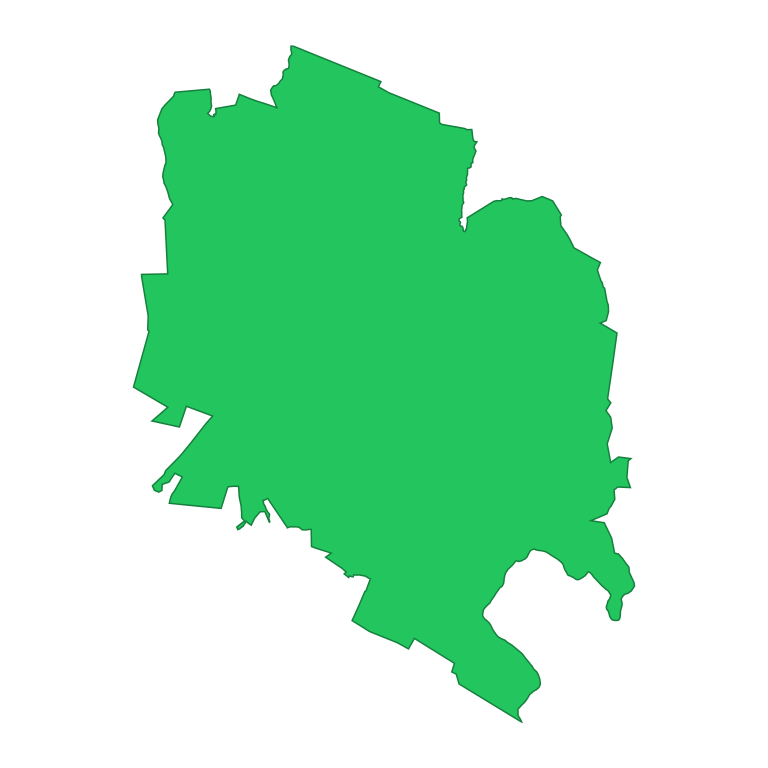 the district of Ixtlahuacán, Colima, Mexico
{"feature_id": "50627088B68671951504705", "entity_name": "Ixtlahuacán", "entity_type": "district", "adm_level": 2, "iso_a3": "MEX", "parent_name": "Mexico", "parent_adm1": "Colima", "projection": "albers", "projection_center": [-103.676, 18.957], "detail": "fine", "context": "isolated", "style": "filled", "palette": "green", "viewbox_px": 768, "rotation_deg": 0, "n_neighbors": 0, "source": "geoboundaries", "source_scale": "gbopen_adm2", "svg_char_len": 6074}
<svg xmlns="http://www.w3.org/2000/svg" viewBox="0 0 768 768"><path d="M173.8,96.0L165.1,104.9L161.9,108.8L157.6,119.9L158.0,124.5L158.9,128.3L158.6,131.4L158.6,133.5L159.7,136.2L161.0,138.7L162.0,141.8L162.1,144.2L163.6,147.5L165.8,156.9L166.0,162.9L165.0,164.9L164.5,167.1L163.2,172.3L162.7,176.7L163.7,180.3L164.0,183.0L165.9,186.7L168.0,192.7L169.5,198.5L172.8,204.6L163.0,217.9L163.6,218.8L165.0,219.8L167.7,273.9L141.5,274.4L141.8,277.8L148.2,315.9L147.7,330.0L149.1,331.0L133.5,387.1L167.8,407.2L162.4,412.0L152.0,421.0L179.4,427.0L186.4,406.3L212.6,416.0L205.9,423.7L190.6,443.2L182.6,453.0L178.9,457.2L165.8,470.5L164.0,474.7L152.4,485.8L154.4,490.3L158.7,492.1L161.9,490.5L162.2,484.4L165.4,483.3L167.3,482.7L169.3,481.8L171.0,478.9L174.9,473.3L182.3,477.0L174.9,490.3L172.2,494.0L170.9,496.7L169.3,503.3L221.1,508.4L227.9,486.8L234.4,486.2L238.6,486.4L239.3,497.4L241.1,505.9L241.6,512.4L241.7,517.8L244.5,520.9L236.8,527.0L237.8,529.6L239.8,528.8L240.3,528.3L243.2,526.1L246.2,521.4L246.3,521.7L251.2,525.2L254.7,518.1L260.0,511.9L264.8,511.5L269.3,522.1L269.8,521.6L269.6,521.3L268.8,518.2L269.6,514.3L267.3,511.4L266.5,509.7L265.9,509.1L265.9,508.2L265.1,506.3L263.6,503.6L263.1,500.3L264.0,500.3L267.7,498.5L287.4,527.6L287.4,527.8L290.0,526.8L293.6,526.9L295.4,526.8L297.0,526.9L298.6,527.2L300.0,528.0L302.1,529.8L306.0,529.9L309.3,529.4L311.2,529.4L311.5,546.6L317.1,548.6L331.3,553.1L325.6,557.2L342.0,568.3L346.2,572.0L344.2,573.9L348.7,577.5L349.4,576.0L352.9,576.9L353.2,576.8L353.8,574.9L358.1,575.1L358.5,574.8L364.6,576.0L364.7,575.8L367.5,577.4L367.5,577.5L370.3,579.0L365.8,591.2L365.7,591.4L364.9,591.4L359.2,604.9L352.1,620.6L369.7,631.6L397.3,642.7L408.5,648.9L414.4,638.4L454.4,663.3L451.8,672.0L456.2,674.1L459.1,684.0L521.0,721.7L521.6,721.9L520.0,718.5L518.7,716.8L518.3,715.2L517.8,714.2L518.1,712.3L517.8,709.4L521.8,704.9L523.6,703.3L525.4,701.3L527.7,698.0L529.6,694.6L533.0,691.7L535.1,690.3L536.2,689.8L538.5,687.9L539.2,686.9L539.7,685.6L540.3,684.6L540.3,682.9L539.9,680.2L539.7,678.8L538.2,674.6L536.9,672.1L535.5,670.7L533.7,669.1L531.9,665.9L530.2,664.1L529.2,662.6L525.6,658.3L524.3,656.5L522.1,653.6L511.6,644.9L507.5,642.4L504.9,640.2L500.8,638.4L498.0,636.7L496.2,634.6L493.0,630.0L490.7,625.2L489.3,623.0L486.0,619.9L484.6,619.0L482.7,616.0L482.7,614.2L483.3,610.1L484.7,608.1L485.9,606.8L487.7,604.9L489.7,603.2L491.7,599.7L493.9,596.7L495.9,593.4L500.1,587.5L501.8,586.6L502.8,585.0L503.7,583.0L504.3,577.8L504.9,575.0L505.7,572.9L507.8,569.5L512.4,565.2L515.4,561.5L516.4,560.6L516.9,560.8L517.6,561.3L519.0,561.5L521.9,560.7L523.0,559.9L525.1,558.9L526.9,557.2L529.5,552.0L530.6,550.6L532.1,549.6L533.9,549.1L535.4,549.3L535.8,549.9L539.7,550.6L541.7,550.7L543.7,551.2L545.8,551.8L548.8,553.5L551.0,555.1L557.6,559.2L560.4,561.5L562.0,562.9L563.2,564.8L564.5,568.8L565.4,570.7L566.8,572.8L567.3,574.1L567.9,575.0L568.5,575.5L569.8,575.8L573.6,577.6L575.4,579.0L576.8,579.6L577.6,579.8L579.2,579.4L582.3,577.7L585.3,575.5L586.8,573.7L588.1,571.9L588.6,571.9L589.5,572.3L590.6,573.0L592.2,574.9L592.7,575.7L593.5,576.8L601.8,585.6L603.8,587.4L604.9,588.3L605.6,589.2L606.6,589.7L608.0,590.7L610.3,594.1L610.8,595.3L609.6,598.8L607.9,601.2L607.3,603.8L606.3,606.9L606.7,609.2L608.0,610.7L608.9,612.9L609.7,616.3L611.0,618.6L611.9,619.6L613.3,620.2L614.6,620.4L616.1,620.5L618.4,620.2L619.7,618.8L620.2,616.0L620.6,610.3L621.4,607.7L622.0,605.4L622.1,603.8L622.0,602.6L621.6,601.3L621.2,598.8L622.9,596.0L624.6,594.4L626.5,593.6L627.5,593.6L631.1,591.1L634.5,586.2L634.0,582.5L629.4,572.6L628.9,567.1L625.4,562.7L622.6,558.6L618.5,554.0L614.6,553.1L611.6,538.0L604.2,522.7L590.8,520.7L607.0,513.8L609.1,508.5L611.1,506.1L614.8,499.3L614.1,490.0L617.7,487.0L630.4,487.6L626.9,477.5L628.2,460.9L630.9,458.6L618.6,457.0L610.7,462.5L607.2,443.9L612.2,428.1L610.7,417.3L606.0,410.6L610.8,402.8L607.6,398.9L612.7,364.0L617.0,333.0L602.2,324.3L600.1,323.2L606.2,320.6L608.5,311.9L608.4,307.4L608.2,305.0L607.0,301.4L604.6,288.1L603.3,287.2L602.1,282.3L601.1,281.2L598.7,274.2L597.4,269.9L600.4,262.5L592.0,258.0L573.9,247.8L570.5,240.6L567.2,234.7L560.9,225.7L560.2,217.1L561.3,214.9L552.7,200.9L542.2,196.5L531.6,200.8L526.7,200.9L515.7,198.4L512.6,199.0L512.5,198.4L511.4,197.7L509.6,197.7L503.7,199.5L502.1,198.8L501.7,200.4L499.0,200.8L497.0,200.6L493.8,201.3L467.2,217.8L467.5,221.4L466.3,229.5L465.6,229.7L465.5,230.6L464.9,231.5L464.4,231.5L463.6,231.3L463.4,230.7L462.9,227.8L462.3,226.4L460.6,226.1L459.9,225.5L460.0,224.0L460.5,222.5L460.0,221.5L459.1,221.0L459.0,220.0L459.5,218.6L460.9,217.7L461.9,217.3L461.7,214.8L461.8,212.1L461.5,210.7L462.0,207.5L462.0,205.8L462.6,204.1L463.5,203.4L463.7,202.0L463.1,201.1L462.9,194.9L463.5,193.4L463.6,192.3L463.6,191.7L463.3,190.7L464.2,189.2L464.3,188.4L464.1,188.0L464.1,187.6L464.4,187.1L466.5,185.1L466.6,184.6L465.9,182.5L465.8,181.8L466.1,181.2L466.6,180.6L466.5,177.0L467.5,174.5L467.6,168.2L469.5,168.0L471.1,166.9L471.0,163.4L472.8,162.7L472.7,159.3L476.0,151.0L474.0,147.7L474.7,145.1L476.9,141.8L474.1,141.4L472.9,138.6L471.8,129.5L467.2,129.7L464.6,128.5L441.9,124.4L439.5,122.8L439.5,120.8L439.3,113.1L388.8,92.7L378.4,86.8L380.9,81.6L293.7,46.3L291.0,46.1L290.9,49.8L291.2,50.6L291.5,52.0L291.6,54.1L291.4,54.9L290.4,55.7L289.5,57.2L289.2,58.2L288.7,59.0L288.5,60.0L288.5,61.1L288.9,62.1L289.1,65.3L289.0,66.8L288.7,67.2L288.7,67.9L287.6,68.8L286.3,68.9L285.9,69.1L285.6,69.5L284.4,70.1L283.3,71.4L283.0,73.0L283.0,73.4L283.3,74.3L283.2,75.4L282.7,76.9L282.6,78.4L281.9,79.4L280.6,80.6L279.9,81.5L279.0,83.0L277.5,84.5L276.1,85.6L274.9,85.8L273.9,85.7L272.6,87.0L270.7,90.0L271.4,95.0L273.0,98.2L276.9,107.7L266.0,104.0L256.8,101.1L250.4,98.8L239.3,94.3L238.4,97.3L235.6,105.1L215.6,108.6L216.0,111.1L216.0,111.8L215.8,114.4L214.9,114.4L214.5,114.2L213.8,114.4L213.7,114.7L214.2,116.5L213.7,116.6L210.7,116.2L209.6,115.2L207.7,113.4L208.7,112.4L210.0,110.7L210.8,108.8L211.6,106.1L211.1,103.1L211.0,100.6L211.2,98.4L210.9,97.4L210.9,96.5L210.5,94.6L210.3,91.0L209.3,89.2L175.2,92.2L174.2,94.0L173.8,96.0Z" fill="#22c55e" stroke="#15803d" stroke-width="1.5"/></svg>